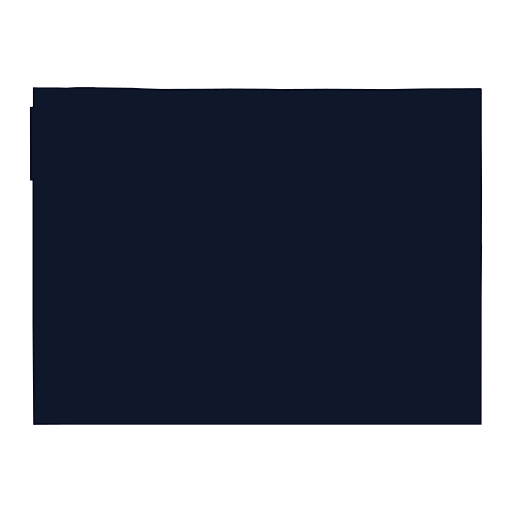 Modoc, California, United States of America (Mercator projection)
{"feature_id": "52423323B31115231658227", "entity_name": "Modoc", "entity_type": "district", "adm_level": 2, "iso_a3": "USA", "parent_name": "United States of America", "parent_adm1": "California", "projection": "mercator", "projection_center": [-120.863, 41.591], "detail": "fine", "context": "isolated", "style": "filled", "palette": "ink", "viewbox_px": 512, "rotation_deg": 0, "n_neighbors": 0, "source": "geoboundaries", "source_scale": "gbopen_adm2", "svg_char_len": 579}
<svg xmlns="http://www.w3.org/2000/svg" viewBox="0 0 512 512"><path d="M69.5,423.9L325.9,423.9L480.8,423.9L480.9,293.9L481.3,244.9L481.1,242.3L481.3,190.7L481.0,138.9L481.0,89.2L480.4,88.9L424.7,89.2L392.3,89.8L380.1,89.8L379.3,89.8L326.0,89.5L280.9,89.8L267.0,89.5L266.4,89.5L229.9,89.3L209.1,89.5L161.1,89.7L142.6,89.1L133.0,88.6L95.4,88.1L94.4,87.9L76.2,87.9L68.7,88.3L68.2,88.4L66.8,88.5L60.7,88.3L55.8,88.2L37.6,88.2L36.2,88.1L33.7,88.1L33.7,107.4L30.7,107.7L30.8,179.7L33.3,179.7L33.3,323.0L34.0,424.1L69.5,423.9Z" fill="#0f172a" stroke="#020617" stroke-width="1.5"/></svg>